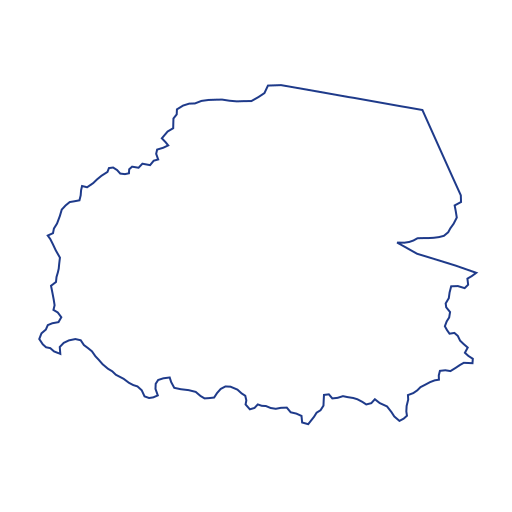 the district of Rio Bananal, Espírito Santo, Brazil, rotated 268°
{"feature_id": "56859067B48678368880409", "entity_name": "Rio Bananal", "entity_type": "district", "adm_level": 2, "iso_a3": "BRA", "parent_name": "Brazil", "parent_adm1": "Espírito Santo", "projection": "albers", "projection_center": [-40.336, -19.221], "detail": "fine", "context": "isolated", "style": "outline", "palette": "blue", "viewbox_px": 512, "rotation_deg": 268, "n_neighbors": 0, "source": "geoboundaries", "source_scale": "gbopen_adm2", "svg_char_len": 3025}
<svg xmlns="http://www.w3.org/2000/svg" viewBox="0 0 512 512"><g transform="rotate(268 256 256)"><path d="M93.3,308.4L97.3,311.1L99.6,315.1L104.1,318.2L109.2,318.6L114.8,319.1L115.2,324.0L111.0,327.3L111.4,332.6L112.9,338.0L111.8,342.5L110.7,348.2L109.3,352.3L106.5,357.2L103.8,361.0L104.9,366.1L108.7,369.8L104.7,374.5L101.1,381.7L95.3,385.9L90.8,388.6L86.2,393.6L88.3,397.9L91.1,401.3L95.4,400.8L100.9,401.3L107.2,403.1L111.7,403.0L113.5,408.4L116.1,412.5L119.2,415.8L121.5,420.7L123.9,425.6L125.5,430.3L126.0,434.5L130.3,434.5L134.8,435.8L135.2,441.2L134.2,446.3L137.1,451.4L139.9,455.9L142.0,459.9L141.7,463.9L141.3,468.6L145.7,469.1L148.7,464.8L152.0,461.4L157.1,464.4L160.9,460.3L164.3,457.0L169.1,454.9L172.2,451.6L171.6,446.7L175.3,444.3L179.2,442.3L184.0,444.3L187.8,446.9L193.2,448.0L198.1,444.3L202.0,443.9L207.1,447.2L212.8,448.2L218.9,450.0L218.9,456.7L216.6,463.4L219.9,467.0L226.0,466.5L228.3,470.8L231.5,475.5L239.5,455.0L249.5,426.2L252.6,417.1L264.5,397.5L264.1,404.8L264.7,409.7L266.0,413.9L268.1,418.0L268.1,422.3L267.9,428.9L268.0,434.2L268.5,439.5L269.6,444.5L273.0,448.9L276.9,451.2L281.3,454.6L287.4,458.0L293.8,457.2L299.6,456.3L302.8,462.8L309.5,462.8L328.4,455.0L350.7,445.9L396.1,427.4L399.3,412.3L400.5,406.4L410.7,359.0L411.6,354.1L416.3,332.3L425.9,287.0L425.9,273.9L418.5,270.1L414.7,263.9L411.0,256.8L411.2,249.2L411.2,242.3L412.1,234.9L413.5,227.6L413.6,221.5L413.6,214.0L412.9,206.9L410.6,200.3L410.6,194.6L408.9,188.4L405.3,182.1L400.3,181.7L396.3,178.3L391.7,178.0L386.6,177.7L383.5,172.0L376.9,166.0L372.9,169.6L369.6,172.1L367.4,167.0L365.8,160.9L361.6,159.8L355.9,161.6L354.8,157.1L350.5,153.3L352.2,145.7L348.3,141.7L349.6,135.3L347.1,132.3L343.1,131.9L342.4,127.9L343.1,123.2L346.7,120.2L349.4,116.3L349.0,112.1L345.2,110.5L341.6,104.4L338.1,99.8L334.5,95.8L330.6,89.6L332.0,84.6L327.9,83.5L322.7,82.9L317.8,81.5L317.0,76.2L316.4,71.7L313.2,67.5L309.2,63.5L302.9,61.4L295.4,58.3L290.5,55.0L285.9,53.9L283.7,48.6L280.1,51.0L274.9,53.4L268.6,56.1L261.2,60.0L254.8,59.0L250.2,58.4L246.5,57.4L242.0,55.9L237.0,55.2L233.4,50.1L226.7,51.2L219.6,52.3L213.8,53.0L209.2,51.7L206.5,55.9L201.6,59.3L196.8,56.3L195.9,50.1L194.2,45.5L189.8,43.4L186.2,38.9L180.6,36.5L175.2,39.8L172.1,43.0L171.1,47.2L167.7,50.8L165.0,57.0L171.9,56.7L175.9,60.8L178.2,66.1L179.3,72.6L177.9,77.9L173.0,80.9L169.8,84.9L166.5,88.7L161.4,92.0L157.9,95.1L153.2,98.9L148.5,104.1L145.8,108.3L142.2,111.8L137.9,119.4L133.7,124.6L131.3,128.8L129.8,133.0L125.8,137.1L119.6,139.7L117.8,144.2L118.3,148.4L120.1,153.0L126.7,150.9L131.8,151.3L135.5,153.9L137.0,159.1L137.6,165.5L133.0,166.8L127.1,169.7L125.5,176.1L124.3,184.0L122.3,191.0L118.0,195.7L115.5,199.6L115.6,203.8L116.0,209.2L120.4,212.3L124.4,216.1L126.7,220.9L126.3,225.9L123.1,232.8L119.2,236.8L116.7,240.4L112.0,241.3L108.0,240.4L103.0,244.5L104.2,249.2L107.6,252.6L106.1,256.5L105.7,260.7L103.6,265.3L102.6,270.4L103.4,275.6L103.4,281.5L98.6,285.2L97.1,290.8L94.6,295.9L88.0,296.3L86.1,302.3L93.3,308.4Z" fill="none" stroke="#1e3a8a" stroke-width="2"/></g></svg>